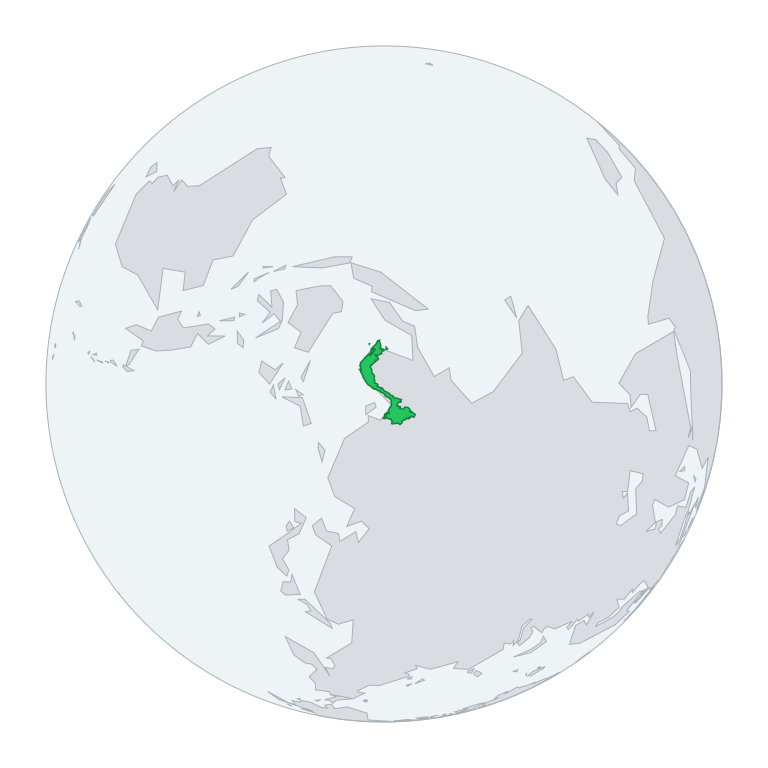 Vietnam on an orthographic globe, rotated 164°
{"feature_id": "VNM", "entity_name": "Vietnam", "entity_type": "country or territory", "adm_level": 0, "iso_a3": "VNM", "parent_name": "Asia", "parent_adm1": "", "projection": "orthographic", "projection_center": [106.111, 15.964], "detail": "fine", "context": "on_globe", "style": "filled", "palette": "green", "viewbox_px": 768, "rotation_deg": 164, "n_neighbors": 0, "source": "natural_earth", "source_scale": "50m", "svg_char_len": 15976}
<svg xmlns="http://www.w3.org/2000/svg" viewBox="0 0 768 768"><g transform="rotate(164 384 384)"><circle cx="384" cy="384" r="338" fill="#eef3f6" stroke="#a8b0b8"/><path d="M696.0,498.7L695.4,500.9L695.2,501.3L696.0,498.7ZM539.4,83.9L541.4,87.1L553.4,95.0L542.0,88.8L572.1,109.7L580.7,120.7L564.2,104.4L557.2,100.0L559.6,104.9L553.0,101.6L550.3,102.4L542.2,98.3L533.2,90.3L527.7,87.9L529.7,91.6L522.8,90.8L520.7,85.5L508.5,83.7L491.1,72.4L492.0,65.5L475.6,59.6L465.6,56.1L490.9,63.4L515.6,72.7L539.4,83.9ZM697.2,257.2L696.9,256.5L697.1,256.8L697.2,257.2ZM696.6,256.3L696.4,255.8L695.9,254.4L696.6,256.3ZM563.4,102.1L561.3,99.6L565.6,103.3L563.4,102.1ZM551.4,103.2L554.1,105.2L551.5,104.9L551.4,103.2ZM536.8,98.7L531.9,98.1L535.3,97.3L536.8,98.7ZM528.0,96.9L516.3,96.6L521.3,100.5L500.5,90.0L517.4,93.2L520.8,91.2L522.9,94.3L528.0,96.9ZM463.0,55.5L463.6,55.7L454.7,53.6L460.3,55.2L448.0,52.7L442.2,51.3L443.9,51.5L438.0,50.6L437.3,50.3L463.0,55.5ZM490.9,84.8L486.8,83.9L489.4,83.4L490.9,84.8ZM431.1,49.4L431.7,49.5L421.7,48.2L424.5,48.5L431.1,49.4ZM467.7,57.1L466.9,57.5L456.8,55.4L455.1,55.4L447.8,52.8L467.7,57.1ZM421.3,48.1L416.5,47.7L410.9,47.2L414.0,47.4L421.3,48.1ZM436.3,50.2L436.5,50.4L433.1,49.8L436.3,50.2ZM415.1,47.6L417.1,47.8L418.2,48.0L414.0,47.7L415.1,47.6ZM441.2,51.8L437.2,51.2L443.7,52.8L436.4,51.8L432.8,50.4L431.3,50.7L429.0,50.5L428.7,49.7L441.2,51.8ZM413.2,48.2L406.2,47.0L394.5,46.4L393.1,46.3L412.1,47.4L413.2,48.2ZM422.3,49.0L416.3,48.4L417.6,48.2L422.5,48.6L422.3,49.0ZM432.7,51.9L444.8,53.6L445.2,54.0L432.7,51.9ZM409.5,48.0L411.3,48.3L408.6,47.9L409.5,48.0ZM425.3,50.6L429.5,51.0L429.8,51.3L425.3,50.6ZM411.3,48.9L409.1,48.4L412.3,48.4L411.3,48.9ZM417.5,49.7L416.9,50.1L414.8,48.8L419.3,49.8L417.5,49.7ZM424.9,50.8L426.4,51.2L423.0,50.6L424.9,50.8ZM400.3,49.5L396.9,47.9L404.1,47.8L406.4,49.3L400.3,49.5ZM118.4,175.1L117.2,178.4L114.8,182.4L104.6,195.6L92.5,224.4L101.4,215.2L101.2,235.0L107.9,241.0L129.3,215.6L118.4,204.9L127.1,190.0L144.4,187.2L155.6,198.5L159.4,193.2L161.2,176.3L172.9,170.0L163.0,170.0L160.2,176.5L153.9,177.1L156.0,171.3L160.1,169.0L159.3,164.2L140.2,177.9L135.4,186.0L127.8,182.1L119.0,195.7L113.7,199.5L126.5,178.2L132.2,171.9L148.5,148.0L141.8,153.8L126.0,177.4L126.8,174.2L117.7,184.0L125.3,174.1L144.3,148.5L143.5,146.8L138.4,151.9L173.0,120.1L171.3,121.4L176.5,117.3L174.5,119.5L185.1,113.2L185.1,115.1L202.1,104.5L204.4,104.5L193.7,110.4L186.2,116.2L187.8,123.1L191.9,122.0L202.8,115.0L201.9,118.5L212.3,111.0L219.5,113.0L219.4,104.7L232.3,98.0L243.6,95.6L247.9,92.3L229.3,96.5L222.0,99.7L215.6,104.6L195.5,114.1L192.2,113.8L213.2,99.4L210.8,97.9L228.2,88.8L267.6,80.8L277.4,82.7L266.5,99.0L256.8,101.5L255.9,96.6L244.9,107.0L251.4,103.3L250.7,106.6L262.8,102.4L262.8,104.6L274.3,97.2L275.7,99.5L268.4,104.2L287.4,101.4L293.8,106.0L298.1,104.4L300.9,101.4L307.1,110.0L310.0,108.6L309.1,105.1L314.2,100.1L325.8,95.1L327.3,98.3L323.3,100.6L317.3,110.8L306.5,117.1L308.3,118.0L318.0,113.4L325.4,100.8L332.0,97.0L329.8,102.6L331.1,100.2L334.8,99.4L339.9,101.9L342.9,95.9L381.8,86.4L395.5,91.5L389.3,96.7L418.1,97.0L431.3,104.9L430.4,101.3L443.6,100.5L439.7,97.8L440.2,96.2L472.3,95.4L481.0,98.6L493.9,96.4L493.4,94.9L487.7,92.2L500.5,90.0L521.3,100.5L521.3,103.3L534.3,108.9L532.3,114.9L536.7,123.3L526.9,128.1L531.3,135.2L535.9,136.7L545.3,148.3L548.5,168.5L525.5,145.1L516.6,118.2L518.5,128.0L512.0,124.1L508.9,126.9L510.7,134.6L514.7,136.4L486.4,144.0L478.6,165.7L494.0,165.7L503.5,173.6L508.1,203.5L478.9,242.7L491.3,257.8L492.0,267.3L481.1,272.4L479.7,258.5L468.8,252.8L469.7,244.8L451.8,249.9L452.3,238.7L438.1,249.1L443.4,258.4L459.0,257.3L446.5,272.3L462.3,289.4L463.9,309.2L436.9,342.6L409.6,351.7L407.9,358.0L397.2,350.1L382.7,361.7L402.5,398.8L401.8,409.2L378.4,427.3L378.0,419.6L349.6,398.6L344.0,422.9L365.5,445.1L372.9,469.5L356.2,460.9L348.8,439.3L338.7,431.2L341.6,409.9L333.7,377.2L316.9,381.6L318.4,368.9L305.0,341.2L280.9,346.6L242.6,375.5L237.0,407.6L223.9,419.8L209.1,369.8L210.4,337.9L200.0,338.8L188.9,309.1L155.3,298.1L154.9,289.4L147.6,291.0L140.5,279.8L141.8,265.8L135.4,264.2L133.3,301.3L140.6,303.3L153.0,293.4L150.5,305.9L158.0,320.1L133.8,343.8L91.2,354.6L94.5,330.0L101.2,257.2L105.3,250.9L105.6,250.1L106.2,248.6L99.0,258.4L102.7,244.9L91.0,292.8L85.8,312.4L90.5,355.8L88.2,358.7L92.0,368.7L113.3,368.5L111.7,376.3L97.1,408.7L74.2,446.8L81.6,482.4L87.4,510.4L82.8,522.0L93.0,544.9L92.1,548.8L98.5,561.1L103.3,571.2L106.4,576.6L93.4,556.5L82.0,535.6L72.0,513.8L63.6,491.5L56.8,468.6L51.7,445.2L48.2,421.6L46.4,397.8L46.2,373.9L47.8,350.1L51.0,326.4L55.9,303.0L62.5,280.0L70.6,257.6L80.3,235.7L91.6,214.7L104.3,194.4L118.4,175.1ZM159.6,226.1L171.3,233.0L179.4,213.5L184.6,214.9L185.5,208.2L180.0,212.1L184.0,194.6L193.9,192.5L199.3,185.2L195.6,182.6L176.9,189.5L170.9,214.0L162.5,219.5L159.6,226.1ZM206.7,96.3L207.1,96.1L202.0,99.3L196.3,103.0L206.7,96.3ZM184.4,111.4L185.4,110.6L190.2,107.2L196.2,103.4L217.0,90.6L217.8,90.7L213.8,92.6L212.3,94.0L205.5,97.6L185.9,111.4L179.6,115.8L182.2,113.0L184.4,111.4ZM276.7,63.6L267.8,67.2L260.6,69.9L260.1,69.6L260.8,69.4L276.7,63.6ZM408.0,46.9L403.5,46.6L408.0,46.9ZM353.1,47.5L361.7,47.0L376.4,46.4L380.7,46.6L374.8,46.8L383.3,46.9L375.2,47.7L378.1,48.1L373.0,49.7L360.0,50.8L364.2,51.2L360.6,53.1L349.8,54.7L353.3,52.7L339.0,56.2L337.5,54.5L335.9,55.0L330.5,54.7L321.3,55.6L322.2,54.7L318.3,55.5L314.7,55.7L309.5,56.6L309.3,55.8L303.0,57.0L306.5,56.0L295.7,58.5L303.6,56.4L299.7,57.0L294.1,58.8L298.5,57.1L325.6,51.2L353.1,47.5ZM398.5,49.9L383.3,50.4L375.0,50.1L387.3,47.5L385.8,47.1L393.4,46.5L405.3,47.2L402.0,47.2L401.6,47.5L398.0,47.1L400.6,47.6L396.1,47.9L396.9,48.5L391.8,48.4L398.5,49.9ZM118.7,178.9L118.1,180.8L118.6,182.2L112.8,188.9L118.7,178.9ZM131.2,161.4L131.6,161.6L123.7,170.7L124.4,169.2L131.2,161.4ZM138.6,154.4L132.3,160.9L136.1,156.5L138.6,154.4ZM194.7,110.6L196.0,110.9L193.5,112.8L189.7,114.8L194.7,110.6ZM306.9,68.1L310.2,66.1L312.2,66.0L323.6,62.7L325.6,64.2L319.6,66.8L306.9,68.1ZM123.6,218.5L117.7,221.9L118.4,218.3L120.3,217.8L123.6,218.5ZM112.0,204.4L111.5,210.9L110.4,206.1L112.0,204.4ZM311.0,69.1L315.4,67.5L313.7,69.3L311.0,69.1ZM327.7,65.3L326.8,67.1L327.2,64.1L327.7,65.3ZM249.0,676.7L256.1,680.5L251.6,679.8L249.0,676.7ZM114.9,519.9L121.3,564.4L113.4,560.7L105.3,545.3L98.4,517.1L105.5,513.0L107.1,501.4L114.9,519.9ZM458.1,527.3L468.3,528.8L467.8,530.3L458.1,527.3ZM447.6,522.0L459.2,522.7L445.6,525.2L447.6,522.0ZM463.7,522.9L475.5,520.2L480.7,517.8L479.7,520.9L463.7,522.9ZM439.7,522.0L396.7,519.9L379.6,515.0L383.6,509.8L411.2,512.6L439.7,522.0ZM382.3,509.6L356.3,492.4L320.9,443.8L333.5,445.8L370.6,476.3L368.2,480.9L384.0,494.2L382.3,509.6ZM445.3,483.8L442.7,498.0L419.0,496.0L408.2,493.2L400.7,474.5L404.9,465.3L413.8,466.0L448.1,435.4L460.1,443.5L449.5,456.7L459.3,469.5L445.3,483.8ZM238.2,410.9L244.9,431.4L237.9,433.5L238.2,410.9ZM462.0,413.3L448.2,427.0L460.8,408.6L462.0,413.3ZM469.4,395.8L470.3,403.0L464.7,396.0L469.4,395.8ZM407.6,367.8L398.2,368.9L398.0,363.9L409.9,359.5L407.6,367.8ZM465.0,326.2L465.0,340.9L463.2,345.8L458.9,336.8L465.0,326.2ZM334.6,85.9L316.5,88.2L304.8,92.2L300.3,97.6L298.9,91.6L316.9,85.3L334.6,85.9ZM375.8,85.6L379.6,81.9L383.1,83.6L382.8,84.7L375.8,85.6ZM374.4,83.3L369.4,78.8L374.9,76.8L377.8,80.7L374.4,83.3ZM339.5,72.1L334.0,72.5L335.6,70.8L339.5,72.1ZM617.1,625.5L617.9,626.2L608.3,635.3L596.2,645.2L587.6,650.2L617.1,625.5ZM541.2,659.5L543.9,650.9L555.6,648.7L548.2,656.9L541.2,659.5ZM625.2,617.9L634.0,608.2L640.3,597.9L635.6,606.7L638.9,604.9L619.8,624.8L625.2,617.9ZM506.8,625.4L441.1,645.1L427.3,642.5L432.1,634.7L422.2,609.8L426.8,610.4L425.4,593.3L465.0,578.1L493.7,548.7L514.2,550.3L530.6,528.5L551.3,529.2L544.2,546.3L564.5,556.1L581.1,517.7L590.6,556.6L603.4,569.0L603.6,592.5L570.0,634.6L553.4,643.8L551.5,640.6L544.3,645.1L534.9,644.4L532.2,632.5L524.9,636.8L533.1,626.9L522.1,635.9L518.3,628.1L506.8,625.4ZM652.9,542.0L655.1,542.5L657.7,548.3L654.2,548.0L652.9,542.0ZM689.9,509.1L690.1,511.9L688.1,513.6L689.9,509.1ZM695.2,501.3L692.8,503.8L696.0,498.7L695.2,501.3ZM668.5,516.2L669.4,518.3L668.3,519.4L668.5,516.2ZM667.7,515.6L669.6,511.3L668.9,515.3L667.7,515.6ZM657.8,496.6L659.5,494.2L660.1,495.7L657.8,496.6ZM483.2,529.1L497.4,518.1L505.0,517.2L483.2,529.1ZM655.8,492.6L651.9,492.9L652.4,490.6L655.8,492.6ZM656.4,487.4L656.1,484.5L658.2,491.2L656.4,487.4ZM649.0,481.8L653.7,486.5L648.4,482.6L649.0,481.8ZM646.0,483.0L642.5,481.1L642.8,480.1L646.0,483.0ZM603.5,491.8L617.1,508.7L605.7,509.3L593.1,499.1L582.4,510.4L558.7,509.9L564.4,503.1L561.4,493.2L536.3,490.0L531.3,483.5L540.4,478.9L523.6,473.9L542.0,470.6L549.3,484.0L559.6,473.0L577.1,474.9L593.8,478.5L606.8,487.6L603.5,491.8ZM541.7,500.4L544.9,500.3L542.0,504.4L541.7,500.4ZM635.7,474.6L640.8,480.5L640.2,482.2L637.6,481.5L635.7,474.6ZM609.9,485.0L624.1,472.7L627.3,472.5L617.9,486.1L609.9,485.0ZM620.8,465.7L627.2,466.7L630.5,472.6L629.1,474.5L620.8,465.7ZM504.3,488.4L503.5,492.2L498.7,489.3L504.3,488.4ZM510.6,486.2L525.0,490.1L509.2,489.4L510.6,486.2ZM466.2,472.8L470.4,481.8L484.1,476.3L473.7,484.4L482.8,499.1L479.6,504.6L470.6,488.6L467.2,504.9L461.1,504.5L458.0,490.5L464.1,473.4L470.2,466.4L494.7,463.7L466.2,472.8ZM510.5,475.3L506.7,464.8L509.5,457.9L513.7,463.4L510.5,475.3ZM495.1,439.7L484.7,427.5L475.3,432.0L494.1,415.4L501.0,429.8L495.1,439.7ZM486.0,413.1L477.3,417.1L486.2,407.4L486.0,413.1ZM475.0,413.0L473.9,404.6L480.8,405.8L475.0,413.0ZM490.6,413.5L492.0,399.2L495.6,407.6L490.6,413.5ZM470.6,385.7L485.7,399.8L466.2,393.5L464.8,366.2L473.1,365.7L470.6,385.7ZM512.7,278.2L510.3,270.8L517.6,269.2L517.1,274.7L512.7,278.2ZM539.1,259.9L518.7,266.5L502.0,272.9L507.5,276.3L504.4,289.0L495.7,277.0L506.9,263.4L519.7,261.0L520.9,250.7L529.8,244.0L526.7,231.4L530.4,226.2L537.1,237.2L539.1,259.9ZM524.8,226.2L522.6,204.8L536.7,208.2L540.3,213.6L535.4,221.7L528.3,219.4L524.8,226.2ZM526.2,200.9L519.3,198.7L501.5,168.7L501.2,163.4L522.2,186.6L516.8,186.0L518.7,193.2L526.2,200.9ZM488.5,85.6L486.9,84.1L490.6,85.6L488.5,85.6ZM437.7,94.8L439.2,92.8L443.4,94.3L437.7,94.8ZM445.4,88.5L439.6,88.1L445.1,87.1L445.4,88.5ZM426.7,88.1L437.0,87.4L428.1,90.1L426.7,88.1Z" fill="#d9dde1" stroke="#a8b0b8" stroke-width="1"/><path d="M394.2,351.3L393.3,351.4L392.8,351.9L392.4,352.1L391.8,352.3L391.1,352.6L391.0,353.2L390.8,354.0L389.8,354.6L389.5,354.6L389.3,354.3L389.0,354.4L388.8,354.5L388.5,354.5L388.3,354.6L387.9,354.6L387.4,354.3L387.1,354.3L387.1,354.6L387.5,355.5L387.5,355.9L386.4,357.1L386.6,357.9L386.2,358.5L385.6,359.0L384.3,360.3L383.7,360.3L383.3,360.6L382.3,362.6L382.3,363.4L382.2,363.9L382.2,364.4L381.8,365.3L381.4,365.8L381.3,366.3L382.8,369.0L383.7,370.1L384.2,370.5L384.7,370.7L385.7,371.7L386.2,372.3L386.0,372.7L386.1,373.6L385.4,373.4L385.5,373.5L386.3,374.0L387.5,375.7L389.7,377.6L390.0,378.5L391.0,379.1L392.1,380.0L393.1,380.9L393.6,381.4L393.7,381.8L394.0,381.9L394.3,381.8L394.9,381.8L395.2,382.3L395.7,382.8L395.9,383.2L396.1,383.1L396.3,383.8L397.0,384.5L397.3,385.1L398.0,386.2L398.6,386.7L399.4,387.4L399.9,388.5L400.1,389.6L400.6,390.7L401.0,391.2L401.0,392.2L401.3,393.2L401.6,393.9L401.7,394.5L402.3,396.3L402.2,396.8L401.9,396.3L402.0,397.9L402.2,398.7L402.1,399.7L402.4,400.0L402.8,401.2L403.0,401.6L403.0,403.0L403.2,403.7L402.8,403.3L402.5,402.8L402.2,403.1L401.9,403.4L402.4,404.9L401.8,404.8L401.9,406.8L402.1,407.3L402.2,407.5L402.1,407.8L401.9,407.5L401.9,407.2L401.8,407.4L401.6,407.8L401.6,408.2L401.8,408.6L401.8,408.8L401.4,409.6L400.9,409.6L400.6,411.1L399.7,411.3L399.0,412.0L398.1,412.2L397.4,412.9L396.5,413.6L395.5,413.8L394.9,414.8L394.0,415.0L392.4,415.8L391.9,416.2L391.4,416.4L390.7,416.8L390.3,416.3L389.7,416.2L389.4,415.8L389.2,415.2L389.1,415.5L389.0,416.5L388.8,416.8L388.6,416.9L388.1,416.6L387.6,416.0L386.9,416.4L387.4,416.4L387.7,416.5L387.9,416.9L387.9,417.1L387.7,417.4L387.1,417.4L386.0,417.4L386.8,417.7L387.6,418.0L387.9,418.2L387.9,418.4L387.5,418.8L387.2,419.2L387.2,419.7L386.8,419.9L386.6,419.9L386.0,419.5L384.1,417.8L384.4,418.3L386.3,420.2L386.6,420.8L386.7,421.2L386.2,421.7L385.6,421.7L384.5,421.0L382.9,419.3L382.4,419.1L384.0,421.0L384.3,421.5L384.6,422.0L384.3,422.6L380.4,424.4L379.9,425.2L379.4,426.1L378.6,426.7L378.2,427.1L376.9,427.4L376.2,427.3L376.9,426.4L376.5,426.1L376.5,423.9L376.6,421.4L377.0,420.2L377.5,419.9L378.1,419.7L378.1,419.4L378.0,419.1L377.7,418.7L377.3,418.5L376.8,418.4L376.4,417.9L376.1,417.9L375.6,418.1L375.3,417.9L375.2,417.5L374.2,416.7L374.5,416.6L375.0,416.1L376.5,416.0L377.5,415.2L377.8,415.0L377.9,414.8L377.7,413.9L377.8,413.7L378.5,413.8L379.4,414.1L379.9,413.5L381.6,413.3L381.9,413.3L382.5,414.0L383.0,413.9L383.9,414.4L384.3,414.4L384.1,413.7L384.3,413.2L382.7,411.8L382.5,411.5L382.5,410.4L382.4,410.0L382.5,409.5L382.9,409.4L383.4,408.8L384.0,408.8L385.3,409.2L385.7,409.2L385.7,407.7L386.2,407.6L387.4,407.5L387.8,407.0L388.7,406.9L390.0,405.7L390.3,405.6L390.7,405.5L391.0,405.5L391.4,405.8L391.7,405.6L392.0,405.2L392.2,404.8L392.3,404.2L392.2,403.2L391.9,401.8L391.8,401.3L392.6,398.9L392.5,398.4L391.3,395.6L391.2,395.4L391.0,394.8L391.2,393.4L391.6,392.9L392.1,391.7L392.0,391.4L392.0,390.7L392.1,390.4L391.8,389.8L391.9,389.5L392.2,389.3L392.7,388.5L392.8,388.1L392.3,387.3L391.0,386.4L390.6,386.0L390.1,385.3L390.0,384.9L390.1,384.7L391.1,384.2L391.3,384.1L391.4,383.8L391.3,383.5L390.7,383.3L390.3,383.0L389.4,382.1L388.6,381.7L388.4,381.4L388.2,380.7L387.6,381.1L387.3,381.1L387.1,380.9L387.0,380.6L386.5,379.9L386.3,378.6L386.2,378.2L385.8,377.9L385.3,377.0L384.9,376.6L383.4,375.4L381.6,373.5L381.3,373.0L381.1,372.1L380.3,371.1L380.0,370.9L379.6,370.9L378.7,370.0L378.4,369.6L378.3,369.3L378.3,369.1L378.4,368.6L378.6,368.3L378.6,368.1L378.4,368.0L377.8,367.7L376.2,367.2L375.6,366.9L374.7,366.2L372.8,364.9L371.8,364.5L371.6,364.2L372.4,363.6L372.6,363.2L372.6,362.7L372.3,362.2L372.5,362.1L373.7,362.0L375.3,362.5L375.5,362.4L376.4,361.6L376.7,361.2L376.8,360.8L377.0,360.5L377.4,360.1L377.5,359.7L377.2,359.2L376.8,358.9L376.2,359.0L376.1,358.9L376.0,358.3L375.7,358.0L375.1,357.7L374.5,357.7L374.4,357.6L374.6,357.3L375.3,356.9L375.5,356.7L375.6,356.4L374.3,355.3L373.4,354.8L372.9,354.6L372.7,354.6L371.7,355.1L371.2,355.4L370.8,355.9L370.3,356.0L369.4,355.5L368.0,355.2L367.4,354.9L366.3,353.0L366.1,352.6L366.3,351.6L366.4,351.2L366.7,350.9L366.7,350.5L366.7,350.2L366.1,349.9L366.0,349.5L365.9,349.5L365.7,350.0L365.3,350.3L365.1,350.2L364.8,349.2L364.7,348.9L364.2,348.5L364.0,348.1L363.2,347.2L362.6,346.6L362.3,346.0L362.9,345.5L363.7,344.5L363.9,344.1L364.0,344.0L364.2,343.9L364.5,344.0L365.6,344.5L366.1,344.9L366.7,345.6L366.9,345.7L367.1,345.7L367.8,345.2L367.8,344.9L368.5,344.2L368.7,343.9L368.9,343.9L369.0,343.9L369.6,344.9L369.9,344.8L370.2,344.1L370.5,343.8L372.0,345.2L372.3,345.2L372.5,345.0L372.6,344.5L372.8,344.0L373.3,343.7L373.7,343.7L374.1,344.3L374.5,344.3L375.4,343.7L375.7,343.6L376.3,343.6L376.9,343.1L377.0,342.0L377.2,341.8L379.0,341.0L379.5,340.6L379.9,340.8L380.4,341.2L380.7,341.5L380.9,342.2L381.7,342.4L382.5,343.1L383.2,343.0L383.4,342.8L384.2,342.8L384.4,342.9L384.7,343.4L384.9,343.4L386.3,343.1L386.8,343.3L387.6,343.9L387.2,344.7L386.8,345.0L386.6,345.1L386.4,345.5L386.3,346.1L386.4,346.5L386.9,346.8L387.0,347.0L387.0,348.6L387.4,348.5L388.2,348.7L388.5,348.9L388.9,349.1L389.0,349.4L389.2,349.7L389.8,350.1L390.4,350.1L390.8,350.7L391.2,350.5L391.5,350.8L392.4,350.7L393.0,350.5L393.3,350.5L394.2,351.3ZM372.1,416.8L372.2,417.1L372.2,417.7L372.0,418.4L372.0,418.7L371.8,418.9L371.5,417.6L371.0,417.1L370.9,416.9L371.2,416.9L371.7,416.5L371.9,416.5L372.1,416.8ZM392.2,353.0L391.4,353.8L391.1,353.8L391.4,352.9L391.5,352.7L392.0,353.0L392.2,353.0ZM389.1,355.8L388.8,355.8L388.4,355.4L388.6,355.1L389.1,355.3L389.3,355.4L389.3,355.5L389.1,355.8ZM391.8,354.7L391.5,354.9L391.1,354.9L391.5,354.6L391.7,354.2L391.9,354.1L391.9,354.4L391.8,354.7ZM388.2,355.4L388.1,355.5L387.6,355.1L387.8,354.8L388.1,355.2L388.2,355.4ZM390.1,416.8L389.6,417.1L389.6,416.8L390.0,416.6L390.3,416.5L390.1,416.8ZM387.2,426.7L386.8,426.8L386.7,426.7L387.2,426.3L387.2,426.7Z" fill="#22c55e" stroke="#15803d" stroke-width="1.5"/></g></svg>